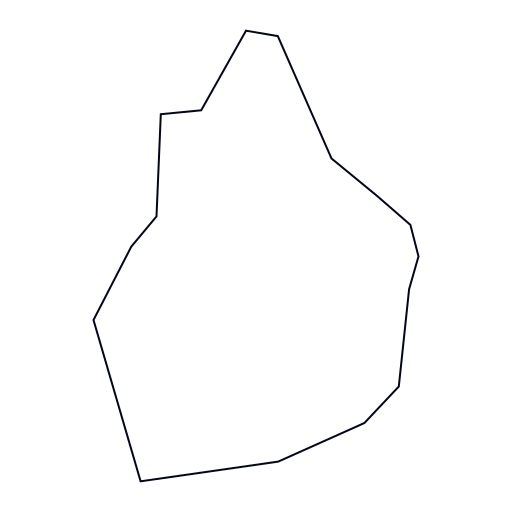 outline of Andijan city, Andijon, Uzbekistan
{"feature_id": "79887680B95216524949975", "entity_name": "Andijan city", "entity_type": "district", "adm_level": 2, "iso_a3": "UZB", "parent_name": "Uzbekistan", "parent_adm1": "Andijon", "projection": "mercator", "projection_center": [72.327, 40.808], "detail": "fine", "context": "isolated", "style": "outline", "palette": "ink", "viewbox_px": 512, "rotation_deg": 0, "n_neighbors": 0, "source": "geoboundaries", "source_scale": "gbopen_adm2", "svg_char_len": 328}
<svg xmlns="http://www.w3.org/2000/svg" viewBox="0 0 512 512"><path d="M160.8,114.2L156.5,216.4L131.3,246.6L93.5,320.0L140.6,481.3L278.2,461.6L364.4,423.0L398.8,386.5L409.1,289.2L418.5,256.4L410.4,224.9L376.8,195.7L331.5,158.5L277.8,36.1L246.0,30.7L201.2,110.3L160.8,114.2Z" fill="none" stroke="#020617" stroke-width="2"/></svg>